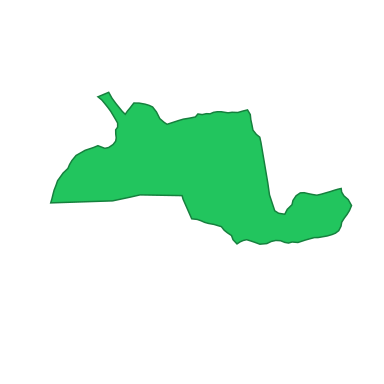 Alhandra, Paraíba, Brazil (Robinson projection), rotated 313°
{"feature_id": "56859067B57617838189099", "entity_name": "Alhandra", "entity_type": "district", "adm_level": 2, "iso_a3": "BRA", "parent_name": "Brazil", "parent_adm1": "Paraíba", "projection": "robinson", "projection_center": [-34.923, -7.354], "detail": "fine", "context": "isolated", "style": "filled", "palette": "green", "viewbox_px": 384, "rotation_deg": 313, "n_neighbors": 0, "source": "geoboundaries", "source_scale": "gbopen_adm2", "svg_char_len": 1833}
<svg xmlns="http://www.w3.org/2000/svg" viewBox="0 0 384 384"><g transform="rotate(313 192 192)"><path d="M289.9,176.6L285.9,174.0L281.4,171.3L277.6,166.9L274.5,164.4L270.6,158.6L268.0,155.8L264.9,153.4L261.5,151.9L259.1,149.1L255.6,146.7L253.1,143.1L249.2,143.3L243.9,139.5L239.4,136.0L235.0,133.4L224.5,127.6L223.9,123.9L223.7,118.4L226.3,111.4L227.3,105.2L226.1,101.5L224.2,97.7L220.9,92.6L217.4,88.8L210.9,89.4L207.1,89.6L203.3,90.2L203.4,86.0L204.8,75.9L206.0,69.6L208.1,63.1L197.5,58.3L197.8,63.2L197.3,67.2L196.5,72.7L195.6,77.5L194.1,82.7L192.9,86.8L191.7,90.6L188.7,93.4L185.4,93.8L182.4,96.7L179.9,99.7L177.1,101.5L172.9,101.9L167.7,100.7L164.5,98.5L161.7,91.6L157.3,89.6L149.6,85.4L139.7,82.3L133.2,82.7L128.7,83.7L124.6,85.2L118.0,84.8L113.5,85.4L108.6,86.0L104.1,88.0L99.3,89.9L95.4,92.0L91.5,94.2L87.7,96.1L131.4,140.0L145.8,150.1L154.5,156.0L182.6,187.2L180.7,190.3L172.2,210.1L175.5,214.5L177.1,218.1L178.4,221.9L180.2,225.4L183.3,230.2L185.0,233.7L186.7,237.1L186.0,241.6L186.3,245.6L187.1,250.6L185.1,254.5L184.7,260.3L188.4,261.2L191.6,262.6L194.4,264.5L196.3,268.4L198.0,272.2L200.1,277.2L205.3,281.9L209.9,283.7L213.7,286.3L216.8,290.0L218.4,294.2L220.5,297.4L223.7,299.3L227.3,303.9L231.3,306.1L234.4,307.8L238.3,310.2L242.0,312.5L244.8,315.4L248.0,317.8L252.1,320.9L256.5,323.5L259.8,325.0L263.8,325.7L268.6,324.3L272.0,322.1L276.6,321.2L281.3,320.7L285.8,319.8L290.9,317.9L293.0,311.4L292.8,305.7L294.0,301.5L296.3,298.7L293.5,296.8L290.5,295.0L286.5,292.8L282.2,290.2L278.5,288.0L274.8,285.5L272.4,281.9L270.1,278.2L268.0,274.5L265.2,271.8L260.3,270.7L254.7,271.6L250.9,273.8L244.3,273.5L239.0,275.0L235.5,269.8L234.7,265.3L242.7,250.7L250.2,241.4L275.2,208.7L278.3,204.2L278.0,199.8L278.8,194.4L281.8,190.3L285.0,185.7L288.4,181.8L289.9,176.6Z" fill="#22c55e" stroke="#15803d" stroke-width="1.5"/></g></svg>